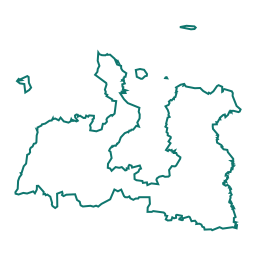 outline of Serang, Banten, Indonesia
{"feature_id": "22746128B3242616561013", "entity_name": "Serang", "entity_type": "district", "adm_level": 2, "iso_a3": "IDN", "parent_name": "Indonesia", "parent_adm1": "Banten", "projection": "mercator", "projection_center": [106.13, -6.072], "detail": "fine", "context": "isolated", "style": "outline", "palette": "teal", "viewbox_px": 256, "rotation_deg": 0, "n_neighbors": 0, "source": "geoboundaries", "source_scale": "gbopen_adm2", "svg_char_len": 5885}
<svg xmlns="http://www.w3.org/2000/svg" viewBox="0 0 256 256"><path d="M52.9,118.2L51.7,120.5L49.5,120.7L45.2,123.6L41.9,124.4L41.4,125.6L37.5,127.5L37.4,130.2L36.8,129.8L37.7,132.1L36.7,135.4L36.4,142.2L35.7,143.3L33.8,143.8L32.6,146.5L30.7,147.8L29.9,149.6L30.1,152.3L29.0,154.0L27.2,154.8L26.1,163.6L23.7,166.3L21.6,172.9L20.7,173.1L21.5,174.5L19.4,177.3L18.1,180.9L17.7,188.9L15.4,192.2L15.6,193.7L18.6,194.5L23.3,192.9L27.1,193.5L33.2,191.4L34.9,193.3L36.8,189.6L36.9,185.9L38.3,185.8L43.7,191.9L43.5,194.2L45.1,193.9L45.7,195.2L47.4,194.6L50.3,196.7L52.1,203.0L51.8,204.4L52.5,206.0L55.2,208.0L57.3,206.5L57.1,193.7L62.1,191.8L62.6,193.7L62.0,195.0L63.6,196.1L66.3,194.7L75.1,194.3L77.0,199.9L79.7,201.7L80.6,205.3L82.9,206.5L90.4,205.8L93.4,206.6L96.1,205.7L98.2,206.6L101.5,203.9L110.2,199.3L114.4,189.5L117.9,191.3L121.2,189.6L124.0,196.1L125.2,197.2L127.6,197.3L129.4,196.4L130.3,198.3L133.3,199.8L135.7,198.5L138.2,198.5L139.1,197.2L149.5,197.2L149.9,204.0L147.7,207.5L147.5,211.9L151.7,211.9L153.2,211.1L163.7,212.5L165.1,213.7L165.2,215.5L167.2,215.9L165.8,219.4L167.8,220.5L171.3,220.2L172.3,217.3L174.0,218.3L176.1,217.8L176.0,215.3L176.9,214.8L181.9,215.8L181.9,217.4L179.5,218.5L179.3,219.4L182.1,220.2L182.9,219.8L182.7,218.4L188.8,216.6L189.8,217.2L191.5,221.2L195.0,220.7L196.6,222.6L196.3,224.0L199.4,223.7L201.4,224.6L202.3,226.7L204.1,227.4L204.6,229.6L211.1,229.3L212.2,230.2L219.6,227.2L222.7,228.6L232.6,227.2L236.6,228.3L236.9,226.0L235.8,226.6L236.3,225.3L235.2,225.5L235.9,223.2L234.8,222.6L235.8,222.2L232.9,221.4L233.9,221.4L233.9,218.0L235.6,217.0L233.2,209.6L232.3,209.0L232.7,208.1L234.1,208.2L233.1,206.2L231.9,207.0L231.2,206.4L231.9,203.8L230.2,202.9L231.3,202.3L230.6,201.1L229.4,201.3L230.6,197.7L230.3,196.2L231.7,194.7L230.8,193.0L229.9,192.9L230.6,192.1L230.0,189.8L231.1,189.1L230.7,188.2L229.0,187.7L229.6,186.6L227.7,185.1L228.2,184.6L225.7,185.7L223.3,184.3L223.1,183.1L223.8,182.6L223.7,183.7L224.5,183.7L224.6,181.2L226.2,181.9L225.6,180.4L227.2,179.2L227.0,178.0L228.1,177.7L227.7,175.7L225.6,175.7L225.9,174.1L227.6,172.6L228.4,173.1L228.4,172.1L230.5,172.0L231.2,169.4L232.5,169.3L232.7,168.3L231.8,167.8L233.8,166.0L232.5,165.7L232.3,164.4L233.6,163.9L232.3,163.0L233.2,162.1L231.2,160.9L233.2,160.7L233.2,158.8L227.9,152.2L227.3,149.9L223.6,149.3L221.5,147.0L222.4,146.6L221.4,145.1L217.1,142.6L216.7,139.8L217.9,139.2L216.9,137.8L217.8,137.5L218.2,135.9L217.1,135.2L217.9,134.7L213.0,128.9L212.7,126.4L212.8,124.5L216.8,124.3L216.4,122.2L217.5,122.4L219.2,119.3L220.3,119.4L219.9,117.8L223.2,115.0L224.8,114.5L225.4,117.2L227.9,115.0L229.5,111.6L230.3,112.2L230.5,111.2L231.5,112.2L231.4,110.9L233.4,110.8L238.5,112.1L239.7,111.5L240.6,109.4L236.6,106.0L232.6,95.9L232.8,93.1L231.8,91.3L224.3,89.1L223.2,89.5L222.9,91.4L222.2,91.8L222.2,86.8L218.6,85.2L217.0,86.1L213.4,91.3L210.4,93.6L208.9,92.7L208.2,93.9L203.2,91.0L200.2,88.0L194.8,88.2L186.0,86.5L184.8,85.0L183.8,85.4L184.4,84.2L184.2,83.9L180.7,84.7L176.0,87.5L176.7,88.6L176.1,91.0L176.9,91.5L175.8,92.7L176.5,93.1L175.4,97.0L174.2,97.4L174.0,98.9L173.4,98.5L171.7,100.4L170.7,100.0L168.9,101.6L169.5,103.0L168.6,104.9L165.5,106.3L167.8,110.0L168.9,113.4L168.4,115.0L169.6,116.9L167.6,117.6L166.1,123.7L166.7,124.3L165.4,126.7L167.3,128.0L166.5,132.1L167.8,133.2L167.7,135.3L170.6,136.8L170.8,137.9L168.5,141.5L170.5,143.2L166.0,150.0L168.0,151.1L169.1,149.7L170.8,150.5L171.7,150.0L172.4,151.9L175.0,150.5L174.0,153.0L176.3,153.0L177.0,154.9L180.4,157.3L180.2,158.7L176.1,165.6L174.9,166.4L171.9,166.1L169.1,170.0L169.7,175.5L168.5,176.6L165.0,176.8L162.9,175.9L159.3,176.7L156.9,178.4L156.4,179.9L158.2,184.2L151.4,183.4L147.4,185.1L146.9,182.4L142.9,182.9L142.4,181.0L136.4,180.2L134.6,179.1L134.4,174.2L138.4,171.7L139.4,169.3L141.0,168.6L139.8,165.5L132.1,167.6L131.6,165.7L129.3,164.9L128.4,166.3L128.6,168.6L126.7,168.3L126.5,170.1L125.2,170.4L121.8,167.1L119.2,167.8L115.6,167.1L111.6,170.8L110.2,168.5L107.8,167.8L108.0,163.8L111.6,158.1L110.5,151.8L109.1,150.7L109.9,148.9L112.1,146.2L112.5,146.8L114.2,145.6L115.8,145.8L117.1,143.7L118.2,144.1L117.5,143.4L119.0,142.3L120.8,137.4L124.7,133.2L127.7,131.9L128.4,132.3L129.3,130.6L130.7,130.7L131.4,129.7L133.2,129.7L136.3,125.8L138.9,126.6L137.3,122.5L139.6,118.4L139.7,114.4L138.7,111.7L139.4,107.8L127.8,103.1L124.0,99.2L120.1,93.2L125.5,93.0L125.0,91.9L120.6,91.7L125.5,91.9L123.8,91.0L126.2,90.4L122.9,89.3L123.3,87.5L124.0,87.5L122.5,86.7L122.3,84.3L124.8,83.5L123.5,80.6L122.8,80.6L123.4,80.2L122.1,80.5L122.0,80.1L123.8,79.9L123.4,78.7L122.5,78.7L123.8,78.5L124.4,76.8L125.5,76.8L126.3,73.2L122.6,70.7L121.2,68.5L121.1,65.9L117.1,64.5L114.6,58.7L110.1,54.7L107.4,54.8L107.1,54.2L105.4,55.3L102.0,55.2L99.4,54.2L98.3,52.5L97.7,60.8L99.4,65.9L97.8,68.9L97.4,71.8L95.1,74.8L106.2,83.0L106.5,84.6L104.9,89.6L105.8,92.0L105.2,93.6L107.3,94.9L106.5,96.1L112.2,99.4L112.2,100.7L116.2,101.1L114.6,113.6L112.3,115.7L112.0,115.0L110.9,115.1L107.4,117.8L106.5,119.4L106.9,121.7L105.0,123.8L102.9,123.8L101.7,129.3L96.4,131.3L90.2,130.3L90.7,127.8L90.0,125.2L92.8,121.0L92.5,119.4L93.9,118.5L93.9,115.8L89.2,115.4L88.2,116.7L86.2,115.6L85.3,117.9L83.6,118.0L80.0,115.7L77.9,116.6L77.8,114.8L76.4,114.5L75.0,115.5L75.2,117.4L77.8,120.7L76.5,121.4L73.2,120.2L73.1,120.9L72.2,120.9L71.3,119.2L70.6,121.4L68.5,122.6L63.8,121.4L60.6,117.6L58.7,120.3L55.2,118.5L53.1,119.2L52.9,118.2ZM27.3,76.1L20.2,79.4L21.6,80.2L19.3,80.5L19.7,79.5L18.7,78.9L17.0,81.1L19.9,83.4L24.3,84.0L25.3,92.5L29.2,90.0L31.1,87.6L28.9,82.8L28.6,77.0L27.3,76.1ZM147.0,74.0L144.1,69.8L140.0,69.0L135.8,70.0L136.8,76.8L141.0,78.8L142.4,78.7L144.9,76.3L146.8,75.8L147.0,74.0ZM186.5,25.8L179.9,27.1L191.0,29.3L194.5,29.0L195.7,27.6L194.4,26.4L186.5,25.8ZM166.6,77.2L165.6,77.4L165.2,78.1L167.2,78.3L166.6,77.2ZM118.6,62.6L118.0,61.4L117.6,62.0L118.6,62.6ZM116.6,60.7L117.2,60.8L116.6,60.4L116.6,60.7Z" fill="none" stroke="#0f766e" stroke-width="2"/></svg>